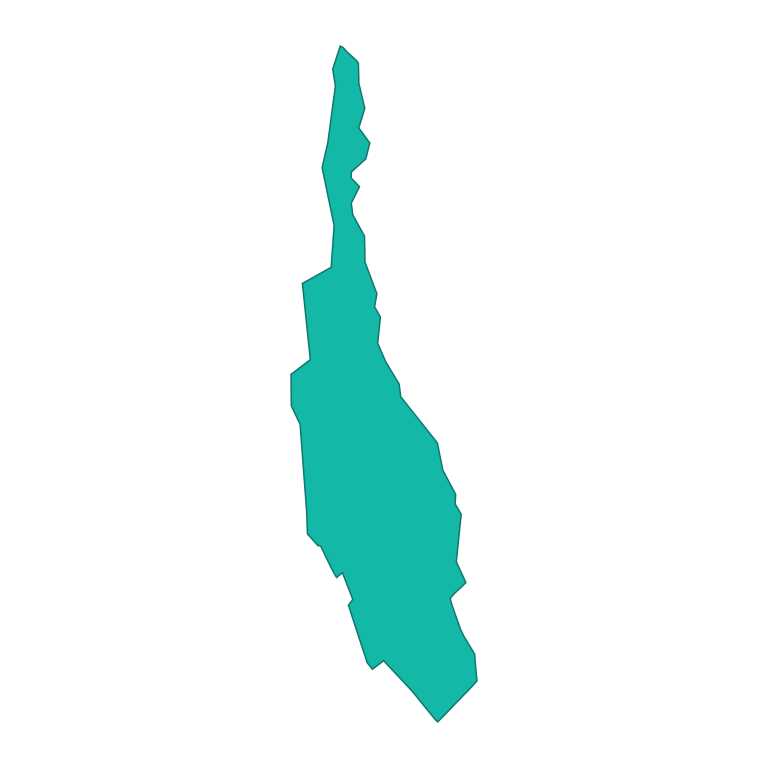 Halfa Aj Jadeedah, Kassala, Sudan
{"feature_id": "16777658B66580925278761", "entity_name": "Halfa Aj Jadeedah", "entity_type": "district", "adm_level": 2, "iso_a3": "SDN", "parent_name": "Sudan", "parent_adm1": "Kassala", "projection": "equal_earth", "projection_center": [35.632, 15.558], "detail": "fine", "context": "isolated", "style": "filled", "palette": "teal", "viewbox_px": 768, "rotation_deg": 0, "n_neighbors": 0, "source": "geoboundaries", "source_scale": "gbopen_adm2", "svg_char_len": 1084}
<svg xmlns="http://www.w3.org/2000/svg" viewBox="0 0 768 768"><path d="M465.9,582.7L456.3,561.7L461.2,514.3L455.1,504.0L455.7,494.5L442.8,470.1L437.4,443.0L426.7,429.5L400.7,396.7L399.2,384.1L385.9,362.1L377.7,343.3L380.4,317.1L374.6,306.8L376.9,293.8L365.0,262.1L364.5,236.1L352.7,214.6L351.3,203.1L359.5,186.7L351.2,178.0L351.4,171.9L365.8,158.9L369.8,143.0L358.8,127.9L364.8,108.5L358.9,83.4L358.4,63.3L356.5,60.5L347.4,52.3L343.1,47.5L340.2,46.1L332.7,69.1L335.4,85.9L327.8,142.8L322.1,167.6L334.1,225.4L331.2,267.3L302.4,283.4L310.3,359.6L291.0,374.4L291.3,405.8L300.1,424.3L306.6,511.1L307.5,534.0L317.8,545.5L320.6,546.0L326.0,557.1L331.2,567.9L336.5,577.5L342.4,572.7L350.8,594.2L352.8,599.4L348.4,605.2L367.2,662.7L372.4,669.3L383.6,660.7L411.6,690.6L416.2,696.1L418.1,698.5L421.3,702.5L428.5,711.3L431.2,714.6L434.9,719.1L435.0,719.3L435.8,720.0L437.3,721.5L437.7,721.8L437.8,721.9L471.5,687.0L477.0,680.9L475.4,664.3L474.7,654.2L463.9,636.3L460.5,629.2L451.9,604.9L450.2,598.5L451.2,597.1L454.1,593.8L465.9,582.7Z" fill="#14b8a6" stroke="#0f766e" stroke-width="1.5"/></svg>